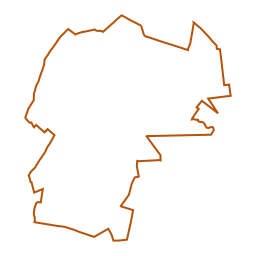 Pilu, Arad, Romania
{"feature_id": "2599482B37446473597152", "entity_name": "Pilu", "entity_type": "district", "adm_level": 2, "iso_a3": "ROU", "parent_name": "Romania", "parent_adm1": "Arad", "projection": "mercator", "projection_center": [21.361, 46.586], "detail": "fine", "context": "isolated", "style": "outline", "palette": "amber", "viewbox_px": 256, "rotation_deg": 0, "n_neighbors": 0, "source": "geoboundaries", "source_scale": "gbopen_adm2", "svg_char_len": 3256}
<svg xmlns="http://www.w3.org/2000/svg" viewBox="0 0 256 256"><path d="M133.1,210.1L131.7,209.7L129.3,208.9L126.9,208.2L120.8,206.3L120.7,206.2L123.6,202.2L126.5,198.2L128.6,195.3L129.2,193.8L131.6,184.1L132.6,181.9L134.8,177.4L138.3,176.8L138.8,176.6L136.8,166.2L137.0,163.6L137.3,160.9L139.0,161.2L146.0,160.8L152.7,160.5L159.5,160.1L160.6,160.4L160.4,155.1L153.2,145.4L146.6,136.3L147.0,136.1L174.5,135.5L198.0,135.0L211.1,134.7L213.8,130.1L213.2,127.6L212.8,127.2L212.2,127.1L210.4,127.1L208.9,127.9L208.4,128.0L207.2,127.9L206.5,127.3L205.6,126.2L204.7,124.1L204.2,123.4L203.5,122.7L202.3,122.0L201.4,121.8L200.3,122.0L199.4,121.8L199.2,121.7L198.3,121.1L198.0,119.8L197.6,119.7L197.1,119.6L196.5,119.8L195.9,119.8L195.0,119.5L193.9,119.2L193.4,119.2L192.8,119.2L191.9,119.4L192.0,119.0L192.6,117.9L195.1,114.1L198.7,108.9L196.6,107.3L197.0,106.8L201.9,100.8L218.0,113.3L208.2,98.6L230.7,95.8L229.4,87.0L229.1,84.8L229.1,84.6L228.4,84.7L224.2,85.2L221.7,63.5L220.0,49.3L216.8,48.9L216.5,45.5L214.3,43.2L212.1,40.9L208.3,36.4L200.6,28.2L198.1,26.2L194.1,22.7L193.7,22.5L193.8,22.8L193.6,23.8L193.2,26.6L192.6,30.0L192.1,33.0L191.6,35.9L191.0,39.2L190.5,42.2L190.1,44.1L189.8,44.7L188.9,46.8L188.1,48.6L187.9,50.1L186.8,49.7L183.7,48.7L180.3,47.5L177.0,46.5L173.8,45.5L171.7,44.7L169.4,44.1L169.0,43.9L166.2,43.1L164.6,42.6L161.0,41.4L157.3,40.2L153.6,38.9L151.9,38.4L151.2,38.0L149.9,37.6L149.0,37.4L145.4,36.3L145.0,36.0L144.7,35.8L144.5,35.6L144.3,35.3L143.7,34.3L142.6,30.4L141.4,26.6L141.3,26.2L141.0,25.9L140.7,25.5L140.1,25.2L138.4,24.3L135.4,22.7L133.2,21.7L131.7,20.9L128.4,19.1L125.8,17.6L122.8,15.9L121.5,15.4L120.2,16.5L116.9,19.4L114.5,21.7L111.5,24.3L108.6,26.9L105.9,29.3L102.9,31.9L101.9,31.2L101.0,31.1L100.3,30.9L99.7,30.8L99.0,30.8L98.4,31.0L97.1,30.8L96.1,30.4L95.8,30.4L95.2,29.9L94.9,29.5L93.9,29.7L91.0,30.3L88.1,31.0L84.9,31.6L81.6,32.2L78.6,33.2L76.7,33.8L75.5,34.6L75.3,34.5L71.2,31.3L68.2,29.1L67.5,29.8L66.9,30.2L64.8,32.4L62.6,34.5L60.5,36.6L58.8,39.0L57.0,41.5L55.4,44.1L55.0,44.5L53.7,46.4L52.5,48.1L51.4,49.4L49.5,52.1L48.0,54.7L46.3,57.0L44.6,59.6L44.4,61.9L44.2,64.4L43.2,67.3L42.3,70.1L41.5,72.2L40.8,74.2L39.8,77.1L39.6,77.8L38.5,81.4L36.7,84.8L36.5,85.2L35.5,88.2L34.8,91.1L33.9,93.8L33.8,96.9L33.8,100.1L32.5,102.2L31.1,104.4L29.7,106.6L28.4,108.7L27.6,111.0L26.8,113.4L26.0,115.5L25.3,117.8L26.5,119.3L27.9,121.0L29.6,122.7L31.3,122.5L33.4,126.5L34.1,127.3L35.3,125.9L36.1,125.0L38.2,126.7L39.8,128.3L40.3,128.6L42.4,130.5L44.5,132.4L45.9,131.2L45.6,131.0L47.6,129.1L50.0,131.2L52.2,133.1L53.7,134.4L54.1,134.7L54.5,135.1L54.0,135.9L52.3,139.2L51.0,141.5L49.7,143.7L47.6,146.7L46.3,149.4L45.1,152.0L43.2,154.9L41.3,157.7L39.8,159.8L39.5,160.2L37.7,163.2L36.3,165.3L35.0,167.6L32.9,169.7L31.0,171.6L29.8,173.5L28.7,175.4L29.6,178.1L30.3,180.8L30.7,182.1L31.5,182.2L34.2,192.6L42.8,189.0L40.8,202.2L40.7,202.4L37.7,202.1L36.9,202.5L36.1,203.5L35.2,206.1L34.4,208.7L34.1,211.4L33.8,213.6L34.1,215.7L34.7,217.3L34.8,219.6L34.8,221.1L34.6,221.6L34.4,222.2L53.4,225.3L57.7,226.0L64.6,226.8L73.1,229.5L78.8,231.7L80.7,232.4L83.8,233.4L94.1,236.9L108.3,228.8L110.9,233.4L111.7,235.1L113.4,240.6L118.2,240.6L126.9,239.7L127.8,235.7L131.0,221.4L132.7,212.3L133.1,210.1Z" fill="none" stroke="#b45309" stroke-width="2"/></svg>